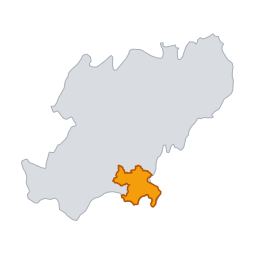 Republic of Serbia, with Borski highlighted, rotated 87°
{"feature_id": "SRB-125", "entity_name": "Borski", "entity_type": "District", "adm_level": 1, "iso_a3": "SRB", "parent_name": "Republic of Serbia", "parent_adm1": "", "projection": "natural_earth1", "projection_center": [22.104, 44.305], "detail": "fine", "context": "in_parent", "style": "filled", "palette": "amber", "viewbox_px": 256, "rotation_deg": 87, "n_neighbors": 0, "source": "natural_earth", "source_scale": "10m", "svg_char_len": 8110}
<svg xmlns="http://www.w3.org/2000/svg" viewBox="0 0 256 256"><g transform="rotate(87 128 128)"><path d="M147.1,93.5L154.2,95.5L157.4,97.4L159.1,99.9L163.6,101.6L170.9,102.4L176.0,104.9L178.9,109.2L183.6,108.2L190.1,101.8L196.5,100.1L202.7,103.2L206.2,105.7L206.8,107.6L205.3,108.4L201.8,108.1L198.9,109.3L196.7,112.1L196.3,115.0L197.9,118.2L200.2,120.4L203.0,121.6L204.6,123.2L204.8,125.3L205.5,125.9L203.9,126.9L202.1,128.3L201.1,130.8L200.9,134.9L195.3,138.0L193.2,138.6L192.2,140.7L190.8,146.6L191.0,151.1L191.7,153.3L192.1,155.2L193.9,157.5L195.5,160.9L196.6,165.5L199.1,169.1L205.3,172.6L208.4,174.6L210.7,177.6L212.4,180.3L217.6,183.8L217.2,186.3L216.1,188.8L214.9,190.0L212.3,193.2L209.8,195.0L205.7,200.6L199.3,200.9L197.7,201.4L195.3,202.9L194.1,205.7L195.2,208.0L195.1,210.2L193.9,214.7L195.5,219.4L197.8,221.6L198.2,222.9L197.8,225.1L194.4,229.6L193.3,231.3L189.9,232.1L188.7,231.7L187.0,230.1L185.3,229.7L181.2,231.5L177.1,232.6L173.8,231.8L170.6,231.7L168.3,232.4L166.7,232.7L163.3,234.7L158.0,236.1L155.6,235.8L154.7,234.0L153.7,231.3L154.2,230.1L157.7,228.1L158.1,226.1L163.0,216.6L163.9,213.5L164.0,212.4L162.7,211.8L160.0,211.8L148.1,207.9L148.7,203.5L145.2,201.1L141.4,199.0L140.8,196.6L136.6,191.8L133.5,189.1L129.6,187.8L126.3,185.8L124.3,184.6L123.4,182.4L123.4,181.1L122.4,179.8L120.7,179.9L118.0,181.7L114.6,183.2L114.0,184.3L115.2,187.0L116.1,188.7L115.7,190.3L114.6,192.3L108.0,196.8L107.3,198.4L108.5,200.9L107.7,202.0L102.3,203.7L102.4,202.3L102.1,200.1L99.0,197.8L94.6,195.9L84.8,189.7L81.1,188.9L77.7,188.1L72.9,185.1L70.5,184.6L67.7,182.5L61.8,175.3L56.8,171.3L53.3,169.3L52.4,167.4L52.2,165.4L52.3,164.8L55.0,161.9L57.0,161.5L59.6,161.4L61.3,162.9L63.5,163.2L64.8,161.3L65.5,158.7L65.2,155.4L59.9,147.6L55.3,142.1L54.8,140.9L55.8,139.9L57.4,139.4L59.2,139.8L63.7,140.2L68.1,139.7L69.6,138.4L69.6,136.6L68.0,135.0L63.0,130.5L59.0,126.6L54.4,123.6L50.9,122.4L49.9,120.8L49.5,119.2L49.9,116.2L50.2,112.4L51.1,110.0L54.2,105.5L57.3,100.7L59.2,96.1L60.2,91.8L59.9,90.5L58.3,89.6L55.0,88.7L50.4,89.5L46.5,91.1L45.0,91.2L44.6,89.3L45.2,88.4L46.4,88.5L47.4,88.9L48.5,88.0L49.1,85.4L47.6,76.5L50.5,75.7L50.6,74.4L50.9,73.2L53.8,74.8L58.1,74.8L61.7,74.5L62.3,73.6L62.3,72.3L61.5,71.3L60.2,70.5L59.3,69.3L56.8,68.7L49.1,65.5L45.3,62.1L45.5,58.4L46.6,56.4L47.9,55.7L47.6,55.1L43.2,53.4L41.7,51.0L43.0,48.0L40.8,41.9L38.4,38.2L40.8,36.5L41.2,34.2L41.4,32.9L42.3,32.9L46.2,31.4L47.6,30.1L48.4,28.6L49.3,28.3L51.8,29.9L54.5,30.0L57.5,29.0L59.8,27.6L62.5,26.4L63.7,25.6L65.3,24.4L68.5,20.7L72.1,19.9L76.8,20.8L82.0,21.2L85.9,20.3L95.7,21.4L97.8,22.3L99.1,23.2L101.7,26.4L104.1,30.5L107.5,32.4L111.6,34.7L113.7,36.3L116.7,41.2L119.1,43.7L119.9,43.5L120.8,42.9L121.3,42.4L122.0,42.9L122.0,44.4L122.1,47.7L121.5,51.2L122.4,54.6L122.4,55.6L121.8,56.6L121.9,57.4L122.7,58.3L126.0,60.5L129.1,63.9L132.6,66.4L135.9,67.9L138.0,68.0L141.4,70.8L148.1,72.7L150.2,73.4L151.7,74.6L152.8,75.9L152.8,77.3L151.8,78.0L150.4,79.9L149.8,82.2L148.7,82.8L147.6,82.8L146.8,83.5L147.0,84.5L147.9,85.5L149.3,86.3L152.0,87.2L154.6,88.5L154.6,89.5L154.0,90.6L150.7,91.0L148.2,91.1L147.0,91.6L147.1,93.5Z" fill="#d9dde1" stroke="#a8b0b8" stroke-width="1"/><path d="M204.9,126.4L203.1,127.2L202.7,127.6L202.0,128.6L201.3,129.3L201.2,129.4L201.2,129.7L201.2,130.0L201.3,130.2L200.9,131.8L200.8,132.5L200.9,133.0L201.2,134.2L201.2,134.6L200.7,135.5L199.9,135.6L199.0,135.6L198.1,135.9L197.6,136.6L197.3,137.4L196.8,137.9L195.8,137.9L195.1,138.0L195.1,137.8L195.0,137.6L194.9,137.5L194.7,137.4L194.6,137.1L194.6,136.8L194.6,136.6L194.4,136.3L194.4,136.1L194.4,135.9L194.5,135.7L195.0,135.5L195.1,135.4L195.4,135.0L195.6,134.8L195.7,134.7L195.8,134.5L195.9,134.3L195.9,134.2L195.7,133.7L195.5,133.3L195.4,133.1L195.1,133.0L194.6,132.9L194.1,132.8L193.7,132.7L193.4,132.5L193.2,132.4L193.0,132.0L192.8,131.8L192.7,131.7L192.2,131.4L191.9,131.3L191.6,131.2L191.3,131.2L190.9,131.2L190.6,131.3L190.3,131.4L190.2,131.5L189.9,131.8L189.7,131.8L189.3,131.8L188.8,131.7L188.7,131.6L187.8,131.6L187.7,131.6L187.4,131.4L186.9,131.4L186.6,131.3L186.5,131.2L185.9,130.7L185.5,130.3L185.2,130.1L185.0,129.7L184.8,130.1L184.7,130.4L184.6,130.6L184.5,130.8L184.2,131.2L184.1,131.5L183.9,131.7L183.6,131.8L183.2,132.4L183.2,132.5L183.2,132.8L183.3,133.0L183.5,133.1L184.0,133.3L184.2,133.5L184.3,133.7L184.3,134.0L184.3,134.5L184.2,134.9L184.2,135.0L184.3,135.1L184.6,135.4L184.6,135.6L184.8,136.0L185.2,136.5L185.3,136.7L185.3,137.0L185.2,137.4L185.2,137.5L185.3,137.9L185.3,138.0L185.2,138.1L185.2,138.3L185.0,138.5L184.8,138.5L184.4,138.6L184.2,138.7L184.1,138.8L183.9,139.3L183.8,139.5L183.7,139.7L183.4,140.0L183.1,140.4L183.0,140.7L182.9,140.9L182.8,141.1L182.5,141.4L182.4,141.6L182.3,141.9L182.1,142.2L182.1,142.3L182.2,142.9L182.2,143.2L182.2,143.3L182.1,143.6L181.9,144.0L181.7,144.2L181.1,144.5L180.7,144.6L180.3,145.4L180.1,145.9L179.7,145.6L179.4,145.3L178.0,144.7L177.7,144.6L177.5,144.4L177.4,144.4L177.4,144.2L177.3,143.9L177.3,143.7L177.1,143.4L177.0,143.2L177.0,142.9L176.9,142.7L176.7,142.4L176.6,142.2L176.5,141.9L176.4,141.8L176.3,141.7L176.2,141.6L175.9,141.6L175.7,141.6L175.3,142.1L175.1,142.4L175.0,142.5L174.9,142.5L174.7,142.5L174.2,142.3L173.9,142.1L173.7,142.1L173.2,142.0L172.9,141.9L172.3,141.6L172.2,141.5L171.9,141.1L171.6,140.9L171.1,140.6L170.9,140.3L170.7,140.1L170.5,139.8L170.4,139.7L169.8,139.6L169.3,139.4L169.2,139.4L168.9,139.5L168.3,139.7L167.9,139.7L167.5,139.7L167.0,139.5L166.8,139.4L166.7,139.4L166.1,139.6L165.9,139.6L165.7,139.6L164.9,139.5L164.9,138.8L165.0,138.6L165.1,138.4L165.4,138.1L165.5,138.0L165.5,137.9L165.6,137.3L165.6,137.1L165.8,137.0L166.0,136.9L166.3,136.8L166.5,136.6L166.6,136.4L166.6,136.1L166.9,135.4L167.1,135.4L167.6,135.2L168.2,135.3L168.3,135.3L168.5,135.2L168.8,135.0L169.1,134.7L169.6,134.3L170.1,134.0L170.6,133.8L170.9,133.8L171.0,133.7L172.3,133.7L172.5,133.7L172.8,133.4L173.0,133.1L173.1,132.8L173.1,132.7L172.7,132.5L172.6,132.3L172.6,132.1L172.6,131.7L172.4,131.2L172.5,131.1L172.8,130.8L172.9,130.7L173.0,130.6L173.0,130.3L173.0,130.2L172.9,129.8L172.9,129.2L173.0,128.5L173.0,128.3L173.0,128.1L172.8,127.7L172.7,127.4L172.7,127.2L172.9,127.0L173.0,126.9L173.0,126.7L172.9,126.6L172.6,126.5L172.4,126.5L172.2,126.6L171.6,127.2L171.4,127.4L171.3,127.5L171.2,127.5L171.0,127.4L170.7,127.1L170.4,126.8L170.3,126.7L170.3,126.4L170.4,126.0L170.4,125.8L170.4,125.6L170.3,125.2L170.3,124.8L170.3,124.7L170.2,124.3L170.2,123.9L170.1,123.5L170.0,123.3L169.6,122.9L169.3,122.7L169.0,122.7L168.8,122.6L168.6,122.4L168.4,122.3L168.1,122.3L167.3,122.5L166.8,122.6L166.7,122.3L166.5,121.9L166.5,121.7L166.7,121.3L166.7,121.2L166.6,120.8L166.5,120.7L166.1,120.4L166.0,120.2L165.9,120.0L165.9,119.7L165.9,119.4L166.0,119.3L166.0,119.1L166.2,118.9L166.5,118.8L166.7,118.6L166.8,118.5L166.9,118.3L166.9,118.2L167.0,117.6L167.0,117.4L167.2,117.2L167.3,117.1L167.5,117.1L167.8,117.1L168.3,117.3L168.5,117.2L168.9,116.5L169.3,116.2L169.6,115.8L169.7,115.6L169.8,115.6L170.0,115.5L170.6,115.6L171.0,115.6L171.3,115.4L171.5,114.9L171.6,114.7L171.5,114.3L171.3,113.9L171.2,113.6L171.3,113.3L171.3,113.2L171.5,113.0L171.6,112.8L171.7,112.4L171.7,112.2L172.0,111.9L172.0,111.5L172.0,111.3L172.0,111.2L171.8,110.7L172.2,110.4L172.4,110.3L172.7,110.3L172.8,110.2L172.9,109.8L172.9,109.7L173.0,109.6L173.2,109.4L173.6,109.0L173.9,108.6L174.3,108.2L175.6,107.0L176.4,106.6L176.6,107.3L176.8,107.7L177.3,108.1L177.8,108.3L178.2,108.7L178.6,110.3L179.4,111.0L180.4,111.3L181.3,111.4L182.3,111.2L182.9,110.7L187.8,102.6L188.1,101.7L188.7,101.3L190.5,100.9L191.4,100.5L192.9,99.0L193.3,98.6L194.4,98.7L195.2,98.8L195.9,99.2L198.9,102.2L200.4,103.3L201.8,103.9L205.3,104.3L205.9,104.7L208.1,106.9L207.8,107.9L207.1,108.6L206.1,109.1L205.3,109.2L204.3,109.0L202.8,108.0L201.8,107.7L200.9,107.7L200.1,107.9L199.4,108.4L199.2,109.4L199.0,110.3L198.7,110.8L198.1,111.1L196.6,111.1L196.2,111.3L195.9,111.5L195.7,112.0L195.6,112.8L195.6,113.5L195.7,113.9L196.6,114.7L196.8,115.1L196.9,115.5L196.8,116.3L196.8,116.8L197.6,118.4L198.7,119.8L200.2,120.9L201.9,121.6L203.7,121.9L204.5,122.2L204.8,123.0L204.7,125.6L204.9,126.4L204.9,126.4Z" fill="#f59e0b" stroke="#b45309" stroke-width="1.5"/></g></svg>